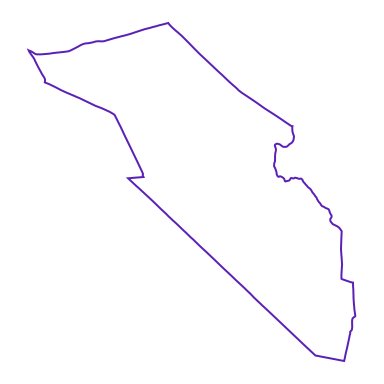 the district of Tan Hung, Long An, Vietnam
{"feature_id": "81297802B65804618727956", "entity_name": "Tan Hung", "entity_type": "district", "adm_level": 2, "iso_a3": "VNM", "parent_name": "Vietnam", "parent_adm1": "Long An", "projection": "albers", "projection_center": [105.709, 10.817], "detail": "fine", "context": "isolated", "style": "outline", "palette": "violet", "viewbox_px": 384, "rotation_deg": 0, "n_neighbors": 0, "source": "geoboundaries", "source_scale": "gbopen_adm2", "svg_char_len": 5503}
<svg xmlns="http://www.w3.org/2000/svg" viewBox="0 0 384 384"><path d="M353.0,282.6L351.6,282.4L349.8,281.8L347.6,281.1L341.6,279.0L341.5,278.7L341.4,276.3L341.5,273.2L342.0,265.6L342.1,265.1L341.7,258.7L341.4,255.0L341.1,250.7L341.0,249.7L341.0,248.7L341.2,243.1L341.5,235.1L341.7,231.3L340.8,229.9L339.5,228.1L338.2,226.9L336.6,226.0L334.4,224.9L333.1,224.3L332.4,223.7L331.8,223.0L331.4,222.5L330.5,221.3L330.3,220.6L330.3,219.9L330.3,219.0L330.9,218.1L331.4,217.3L331.6,216.7L331.6,216.0L331.4,215.2L330.8,214.4L330.2,213.3L329.7,212.2L329.3,210.6L328.8,209.6L328.5,209.2L327.8,208.9L327.0,208.5L326.0,208.2L325.2,207.7L324.4,207.2L323.9,206.9L323.3,206.6L322.8,206.4L322.3,206.2L321.9,206.0L321.3,205.3L320.7,204.3L320.3,203.6L320.0,203.2L319.5,202.7L319.2,202.3L318.8,201.9L318.2,201.0L317.8,200.3L317.3,199.6L317.0,199.0L316.8,198.5L316.6,197.9L316.4,197.4L315.8,196.8L314.9,195.6L314.1,194.3L313.2,193.3L312.5,192.4L312.0,191.7L311.5,190.6L310.8,189.6L310.2,188.9L309.5,188.3L309.0,187.9L308.3,187.4L307.6,186.8L307.1,186.0L306.7,185.5L306.0,184.9L305.5,184.4L305.1,183.7L304.6,183.1L303.7,182.3L303.1,181.4L302.7,180.5L302.5,179.9L302.1,179.4L301.7,179.1L301.4,178.8L300.9,178.6L300.5,178.6L299.7,178.8L299.4,178.8L298.9,178.8L298.3,178.6L297.8,178.4L297.4,178.2L297.1,178.1L296.6,178.1L296.0,177.9L295.6,177.8L295.2,177.7L294.8,177.8L294.5,178.0L293.9,178.3L293.6,178.4L293.2,178.5L292.8,178.4L292.3,178.2L291.9,178.1L291.6,178.0L291.4,178.0L291.1,178.0L290.9,178.1L290.7,178.3L290.5,178.6L290.0,179.5L289.6,180.1L289.2,180.5L288.8,180.6L287.7,180.9L286.7,181.1L285.9,181.3L285.5,181.4L285.4,181.3L285.2,181.3L285.0,181.1L284.9,181.0L284.7,180.5L284.5,179.7L284.4,179.3L284.2,178.9L283.7,178.4L283.3,177.9L282.4,177.3L281.6,176.8L280.9,176.6L280.4,176.4L280.1,176.3L279.7,176.4L279.5,176.5L279.2,176.7L278.8,176.8L278.6,176.7L278.4,176.7L277.9,176.5L277.5,176.0L277.2,175.3L276.8,174.5L276.6,173.4L276.5,172.2L276.3,171.6L276.2,171.0L275.9,170.5L275.6,169.3L275.4,169.0L275.1,168.1L274.8,167.5L274.4,166.9L274.2,166.6L274.2,166.3L274.1,165.9L274.1,165.4L274.1,165.0L274.1,164.4L274.2,163.6L274.5,162.6L275.0,161.2L275.0,160.0L275.1,158.8L275.0,157.3L275.1,155.6L275.2,154.2L275.3,153.1L275.5,152.5L275.8,151.1L275.9,150.0L275.9,149.0L275.8,148.4L275.6,147.9L275.3,147.2L275.2,146.9L275.1,146.6L275.0,146.2L274.9,145.7L274.9,145.3L274.9,145.1L275.1,144.7L275.6,144.3L276.1,144.0L277.0,143.7L277.9,143.8L278.8,144.1L279.8,144.4L280.5,144.9L281.1,145.4L281.8,146.0L282.5,146.4L283.1,146.7L283.7,146.9L284.6,146.9L285.5,146.9L286.4,146.7L287.0,146.5L288.1,145.6L289.0,144.6L289.6,144.1L290.7,143.5L291.9,142.6L292.6,141.8L293.3,140.6L293.5,139.7L293.7,138.7L293.9,137.5L294.0,136.7L293.9,136.0L293.7,135.4L293.3,134.4L293.0,133.5L292.5,131.7L292.3,129.8L292.3,128.3L292.3,126.4L292.4,126.2L291.9,126.1L291.4,126.0L290.3,125.4L288.3,124.0L286.7,123.0L282.7,120.2L279.0,117.7L272.9,113.7L264.5,108.3L262.5,106.9L256.5,102.6L254.6,101.3L246.7,96.0L242.1,93.0L238.8,90.5L238.1,89.8L237.4,89.0L234.9,86.7L233.3,85.4L228.0,80.6L222.8,75.6L217.0,70.3L211.3,64.9L205.6,59.5L199.8,54.1L194.5,48.8L189.3,43.4L183.9,38.0L181.9,36.0L178.2,32.7L175.8,30.7L172.1,27.4L170.1,25.3L169.0,24.1L168.3,23.0L165.2,23.8L162.6,24.5L159.2,25.3L156.2,26.2L152.2,27.2L149.9,27.9L145.0,29.1L142.5,29.9L139.7,30.8L135.5,32.2L130.1,34.0L125.1,35.4L122.1,36.1L114.1,38.2L109.7,39.5L106.4,40.5L104.3,41.1L102.5,41.4L101.0,41.3L100.3,41.3L100.2,41.3L98.6,41.2L97.4,41.3L96.0,41.4L94.3,41.9L92.1,42.5L90.0,42.9L88.2,43.2L85.7,43.4L83.9,43.8L82.2,44.4L80.6,45.2L78.3,46.5L74.1,48.7L71.1,50.2L69.3,51.0L67.9,51.4L66.2,51.6L64.1,51.9L58.3,52.5L53.6,53.0L49.1,53.7L44.3,54.1L40.3,54.4L37.4,54.3L36.4,54.3L35.7,54.1L35.0,53.8L33.1,52.5L30.8,51.2L28.9,50.5L28.7,50.4L29.2,51.6L30.6,53.7L33.0,57.0L34.3,59.1L35.4,61.5L37.2,65.1L39.0,68.6L40.8,71.8L41.9,73.9L43.2,76.0L44.1,77.3L44.8,78.8L45.0,79.7L45.0,80.9L44.9,81.9L44.8,82.3L45.0,82.5L46.5,83.1L49.1,84.1L55.5,87.2L60.8,90.0L66.0,92.4L77.5,97.3L80.1,98.4L84.2,100.4L95.6,105.9L101.5,108.1L109.8,111.9L113.7,114.2L114.4,114.8L114.9,115.4L115.5,116.8L116.7,119.0L118.7,123.1L120.3,126.2L122.2,130.2L124.6,135.4L127.1,140.5L131.9,150.4L138.1,163.3L142.6,172.8L142.9,173.8L143.0,174.0L142.9,174.5L142.7,174.8L142.7,175.2L143.0,175.9L143.3,176.6L143.5,177.0L138.9,177.4L135.8,177.6L128.1,178.3L130.9,180.9L136.1,185.8L138.4,187.8L141.3,190.5L146.2,195.0L151.4,199.8L156.3,204.5L161.1,209.2L165.0,212.8L166.1,213.8L168.4,216.2L171.3,218.9L172.4,220.0L176.2,223.4L178.0,225.1L180.7,227.7L181.6,228.6L183.8,230.7L186.2,232.9L187.2,233.9L191.1,237.7L193.1,239.4L196.1,242.4L201.1,247.2L202.4,248.4L207.2,252.8L211.3,256.7L213.4,258.7L215.6,260.8L218.7,263.8L221.3,266.3L223.7,268.6L226.4,271.1L230.8,275.2L233.9,278.2L236.4,280.6L238.9,282.9L241.6,285.4L244.5,288.1L246.6,290.2L250.8,294.2L254.1,297.7L263.3,306.4L264.1,307.1L271.9,314.4L279.6,321.7L287.3,329.0L302.7,343.6L304.7,345.5L304.9,345.7L310.5,350.9L315.4,355.5L320.6,356.5L330.6,358.4L340.0,360.2L341.0,360.4L344.1,361.0L344.7,358.6L345.8,353.1L346.7,349.4L347.0,348.2L347.8,344.4L348.2,342.6L349.2,338.0L349.4,336.8L349.7,335.2L350.1,333.9L350.2,333.4L350.2,331.7L350.4,331.5L351.3,330.6L351.8,329.8L352.0,328.8L352.2,327.6L352.2,326.2L352.1,323.2L352.1,320.7L352.3,319.5L352.5,318.7L352.7,318.3L353.4,317.6L354.9,316.6L355.2,316.2L355.3,315.7L355.1,314.4L354.7,311.6L354.5,310.3L353.8,302.3L353.5,297.6L353.5,295.7L353.3,289.0L353.0,285.4L353.1,284.7L353.0,283.7L353.0,282.6Z" fill="none" stroke="#5b21b6" stroke-width="2"/></svg>